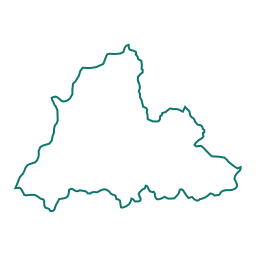 outline of Nabawan / Persiangan, Sabah, Malaysia
{"feature_id": "92858781B57526539682129", "entity_name": "Nabawan / Persiangan", "entity_type": "district", "adm_level": 2, "iso_a3": "MYS", "parent_name": "Malaysia", "parent_adm1": "Sabah", "projection": "orthographic", "projection_center": [116.509, 4.704], "detail": "fine", "context": "isolated", "style": "outline", "palette": "teal", "viewbox_px": 256, "rotation_deg": 0, "n_neighbors": 0, "source": "geoboundaries", "source_scale": "gbopen_adm2", "svg_char_len": 3962}
<svg xmlns="http://www.w3.org/2000/svg" viewBox="0 0 256 256"><path d="M15.4,188.1L15.5,188.1L19.6,187.8L20.6,188.5L21.4,189.5L23.4,193.1L24.3,195.0L26.0,195.3L28.2,195.1L30.3,194.9L32.6,194.8L35.2,195.1L37.4,196.4L38.9,197.3L40.4,198.6L43.3,199.4L44.1,200.7L44.2,202.9L44.3,205.6L45.4,207.6L46.9,208.2L49.1,208.9L50.1,210.8L51.7,211.1L53.4,210.7L54.7,208.7L55.5,206.1L56.0,204.9L58.3,200.9L59.1,199.1L61.9,198.6L63.8,198.4L66.1,197.6L67.5,196.6L68.5,194.6L68.9,191.8L69.1,189.9L70.9,188.8L72.8,189.2L74.7,190.5L76.3,191.2L78.2,191.1L79.7,190.3L82.3,190.7L85.6,191.3L86.8,192.2L87.9,193.4L90.4,193.5L91.8,192.4L94.3,192.0L96.6,192.3L98.1,191.8L101.0,190.2L103.7,189.3L105.7,189.5L107.5,190.3L109.5,191.8L110.8,193.6L112.1,194.4L114.1,195.0L115.6,196.0L116.0,197.5L116.5,199.2L118.1,199.3L119.8,200.4L120.1,201.6L120.7,205.9L121.0,207.3L122.1,207.6L124.2,207.1L125.8,206.4L127.2,205.6L128.8,204.4L130.0,202.9L130.9,200.7L131.5,198.6L132.8,199.1L133.4,199.7L135.1,201.5L137.7,201.4L138.9,201.3L140.3,200.6L140.6,199.6L140.5,198.3L139.8,197.1L138.7,194.3L139.3,192.6L141.3,190.5L142.8,189.2L144.3,188.8L145.1,187.8L145.7,185.7L146.9,186.0L147.8,187.3L148.8,189.7L149.9,191.3L152.5,192.1L153.6,191.7L154.8,193.5L155.0,196.1L155.7,197.9L156.7,199.1L158.3,199.3L160.2,198.9L161.3,198.5L163.2,197.6L164.5,196.8L165.6,197.3L167.1,198.2L168.3,198.6L169.9,198.6L172.2,198.5L174.4,198.3L176.1,196.5L176.8,195.7L178.3,194.0L179.2,192.1L179.8,189.7L181.3,189.3L183.1,190.3L184.4,192.4L186.7,196.0L188.5,198.0L190.1,197.5L192.1,197.0L194.5,199.4L197.2,200.7L198.6,200.3L199.9,199.1L201.5,198.8L203.2,198.3L205.6,197.2L207.5,195.9L209.2,194.5L210.5,193.4L213.3,194.4L214.5,195.5L215.9,195.4L217.8,195.0L218.5,195.0L218.8,195.0L219.8,194.2L220.6,192.6L222.5,191.0L225.6,190.2L227.1,190.1L230.4,190.1L232.8,189.7L234.7,188.8L236.0,187.9L237.0,186.3L236.9,184.5L235.8,181.5L234.6,179.4L234.5,177.9L235.2,176.0L236.4,174.1L237.5,172.8L239.2,171.1L240.1,170.0L240.6,168.6L240.6,167.1L237.9,168.4L236.3,167.7L235.0,166.9L231.3,164.1L228.2,161.6L227.6,160.6L226.7,159.6L225.5,158.6L224.1,157.4L222.6,157.4L221.0,157.0L218.8,156.7L211.8,156.3L208.5,153.1L205.3,149.8L203.8,148.1L202.5,147.0L200.9,145.8L196.2,146.4L194.5,144.9L195.7,142.9L198.4,140.4L200.9,138.8L202.6,137.7L203.4,136.4L203.3,135.6L202.8,133.1L204.3,132.4L204.3,130.1L202.8,128.8L202.4,127.0L201.4,125.7L200.2,125.1L198.3,124.8L197.4,124.5L195.0,121.6L194.4,119.6L193.2,118.1L191.8,117.4L190.4,115.8L189.8,113.4L189.4,111.4L188.0,109.9L186.7,108.7L185.1,106.9L182.8,111.7L179.6,110.0L177.8,109.3L176.1,109.0L173.8,109.1L172.4,109.1L171.6,108.6L169.8,108.6L167.4,110.5L165.6,112.1L164.4,112.4L162.3,113.0L162.0,114.3L161.6,115.4L160.5,115.7L160.1,117.0L159.9,119.3L158.8,120.9L156.8,121.6L155.3,121.4L152.6,121.3L147.8,119.2L147.5,116.8L147.5,114.5L146.7,112.5L146.9,110.8L147.1,109.6L146.4,108.2L143.0,106.6L142.9,105.4L142.3,103.3L141.8,101.0L141.1,99.3L140.1,97.4L140.0,93.9L138.8,91.5L139.4,89.7L139.8,88.3L139.8,86.5L139.4,84.8L139.0,83.0L138.4,82.5L137.8,79.9L137.8,79.4L138.0,77.9L137.9,76.8L139.3,75.6L139.8,74.6L141.1,73.5L142.6,72.5L142.7,69.8L141.7,69.2L141.7,67.7L141.8,65.7L141.6,62.5L141.3,60.9L139.5,59.9L138.0,58.9L137.7,56.9L136.8,55.7L135.7,54.5L136.3,53.4L135.8,51.8L132.9,50.5L130.3,50.0L129.1,48.7L128.8,46.8L128.6,44.9L127.1,45.4L126.3,45.7L124.7,47.9L123.4,52.0L120.3,53.5L115.4,54.0L111.8,53.9L109.2,53.7L106.9,54.6L104.8,60.0L103.3,63.9L96.3,67.1L90.3,68.0L85.6,67.9L82.8,67.7L80.4,70.7L78.9,75.7L75.5,81.3L73.0,83.8L72.4,89.4L72.4,94.1L69.9,98.6L66.3,101.0L63.4,101.5L61.1,100.6L59.4,98.9L56.7,96.9L55.0,96.6L51.7,97.8L52.4,100.4L53.2,101.7L54.5,104.9L55.8,106.5L57.4,110.2L57.7,120.5L56.8,123.0L54.7,125.9L54.0,129.4L54.0,132.5L52.6,136.2L51.9,140.2L49.5,143.6L46.4,144.5L43.1,145.5L40.3,147.1L38.6,151.3L38.8,154.5L38.4,157.2L37.0,160.4L35.0,162.4L29.8,164.1L27.5,165.1L25.8,167.3L24.0,171.6L23.0,173.6L19.8,177.1L18.8,179.9L15.4,188.1Z" fill="none" stroke="#0f766e" stroke-width="2"/></svg>